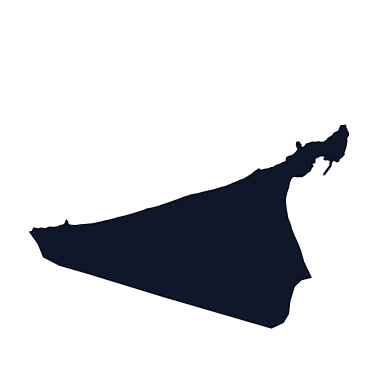 outline of Punta del Este, Maldonado, Uruguay, rotated 199°
{"feature_id": "84410073B81249884827447", "entity_name": "Punta del Este", "entity_type": "district", "adm_level": 2, "iso_a3": "URY", "parent_name": "Uruguay", "parent_adm1": "Maldonado", "projection": "albers", "projection_center": [-54.934, -34.944], "detail": "fine", "context": "isolated", "style": "filled", "palette": "ink", "viewbox_px": 384, "rotation_deg": 199, "n_neighbors": 0, "source": "geoboundaries", "source_scale": "gbopen_adm2", "svg_char_len": 4273}
<svg xmlns="http://www.w3.org/2000/svg" viewBox="0 0 384 384"><g transform="rotate(199 192 192)"><path d="M51.9,150.1L53.3,151.5L54.7,152.9L56.0,154.4L57.2,155.4L58.6,156.7L59.6,157.6L59.9,158.1L60.1,158.4L61.2,159.4L62.4,160.9L63.9,162.2L64.3,163.0L64.7,163.7L65.4,164.4L67.1,166.9L68.0,168.1L68.7,169.3L70.4,171.8L72.0,173.5L73.9,175.9L76.3,178.5L78.8,181.2L81.3,183.7L83.7,186.5L85.4,188.6L87.2,190.9L88.4,192.7L89.7,194.6L91.7,196.6L93.6,199.2L95.1,202.1L97.0,205.4L98.8,209.1L100.4,212.4L101.7,215.9L102.1,219.1L102.4,223.0L102.5,226.1L102.3,227.4L102.4,228.3L102.8,230.1L103.2,232.5L103.0,235.6L102.6,238.0L102.1,239.0L101.6,239.6L101.4,239.7L99.6,240.5L97.9,240.7L96.3,241.4L95.0,242.0L93.6,242.3L92.7,242.9L91.3,244.6L90.2,246.6L89.3,248.0L88.3,249.2L87.8,249.9L87.3,250.6L87.3,252.0L87.2,253.2L86.9,254.0L86.6,255.0L86.3,255.9L86.7,256.5L87.1,256.1L87.4,256.6L88.3,256.5L88.7,256.8L88.2,258.6L87.5,258.6L86.8,258.9L86.4,259.2L87.0,259.4L86.8,259.5L86.2,259.5L85.8,260.2L85.9,261.1L86.3,262.0L86.5,263.1L86.7,263.7L86.4,264.7L85.2,265.2L84.3,266.6L84.0,266.5L82.9,268.1L82.6,268.0L77.3,269.8L77.6,267.4L77.7,266.6L77.8,266.2L76.2,265.9L74.2,267.0L73.0,266.9L71.0,266.6L70.2,261.6L73.2,251.9L72.8,251.4L72.3,252.0L69.4,261.2L69.3,262.2L69.8,265.3L69.7,266.4L69.1,267.5L68.3,268.1L67.1,268.5L66.5,268.4L66.2,268.2L65.5,267.9L64.8,267.9L64.1,268.4L63.6,269.1L63.4,269.9L63.6,270.5L64.0,270.6L62.9,272.5L61.7,274.0L61.5,274.4L61.4,274.9L61.3,275.6L61.0,276.0L61.0,276.7L60.5,277.2L61.3,278.0L61.4,278.7L61.2,279.8L61.2,280.6L61.3,282.6L61.5,286.0L62.0,288.7L62.2,290.3L63.1,292.0L63.8,293.8L63.1,294.7L63.1,295.6L62.7,296.3L62.9,297.2L63.5,298.6L64.0,299.2L64.9,298.9L64.9,299.8L65.3,300.1L66.1,301.3L66.2,301.8L66.7,301.7L67.4,302.0L67.4,302.6L68.0,302.6L68.0,303.3L68.1,303.6L68.2,304.0L68.6,303.7L68.8,303.8L68.8,304.2L69.1,303.8L69.4,303.9L69.6,303.6L70.0,303.7L70.1,304.2L70.3,304.0L70.4,303.7L70.6,303.7L71.4,303.7L72.4,303.2L73.0,302.0L72.7,301.0L73.0,299.6L72.7,298.4L73.4,297.1L74.6,295.7L75.6,294.8L76.6,293.9L77.0,292.3L77.8,290.3L78.8,289.2L79.8,288.2L81.0,286.3L81.1,285.0L82.4,283.4L82.8,282.8L83.2,282.2L84.3,281.4L85.6,280.9L87.0,280.7L88.4,280.7L88.9,280.3L90.6,279.4L92.0,278.8L93.4,278.3L93.7,278.5L94.4,278.3L95.2,277.3L95.9,277.3L96.1,276.6L96.5,276.3L96.2,276.0L96.6,275.4L97.0,275.4L98.0,275.7L98.2,275.3L98.8,274.7L99.4,274.4L99.3,273.9L99.7,273.4L99.9,272.2L101.1,270.6L102.4,269.7L103.4,269.2L104.3,271.6L104.8,271.8L104.8,272.3L105.4,272.3L105.7,272.7L106.2,272.9L106.4,273.3L106.8,273.1L107.2,273.7L107.4,273.3L107.7,273.5L108.0,273.3L108.4,273.3L109.0,273.0L109.0,272.6L108.7,271.5L108.2,270.2L107.6,269.6L107.4,268.9L106.1,268.1L105.9,267.2L105.3,266.4L105.7,265.6L106.0,264.6L106.6,263.2L107.2,261.5L108.2,260.2L109.2,259.1L109.6,258.2L110.4,258.1L111.1,257.6L111.8,257.3L112.5,256.6L112.7,255.8L113.0,255.9L113.5,255.4L113.2,254.7L113.4,253.9L112.4,253.7L112.8,252.8L112.9,251.6L113.9,250.3L115.5,249.4L117.3,247.0L121.0,244.4L123.0,241.6L125.5,240.3L127.2,238.6L130.0,237.3L133.5,235.0L134.8,234.9L136.4,235.4L136.8,234.0L138.1,233.3L139.1,231.3L140.2,230.3L140.2,229.0L141.4,227.8L142.6,226.4L145.1,223.3L147.2,220.9L150.7,218.2L153.5,215.3L155.9,213.6L156.9,212.5L160.0,209.7L162.3,207.7L164.5,206.4L167.9,204.0L170.4,202.1L173.6,200.0L177.2,197.9L180.2,195.9L182.4,194.6L185.1,192.6L186.4,191.8L190.0,189.8L192.3,188.6L193.8,187.0L196.6,185.3L200.4,182.1L202.6,180.1L204.6,178.7L205.7,177.8L207.8,176.0L212.2,172.7L215.7,170.0L218.7,167.5L222.4,165.0L225.1,163.3L228.8,161.2L231.6,158.7L235.1,156.1L238.2,153.9L240.7,151.9L244.4,149.4L247.5,147.3L250.4,145.4L253.7,143.4L256.6,141.2L261.3,138.2L265.7,135.5L268.6,133.6L271.3,132.0L273.5,130.6L276.2,129.1L279.8,127.5L283.1,126.0L286.2,124.7L288.5,123.5L291.3,122.1L294.2,121.3L296.9,120.7L299.0,121.1L299.5,122.4L300.4,123.6L301.3,124.3L301.6,123.5L301.5,122.4L301.6,121.1L302.2,119.6L304.0,118.0L306.1,116.9L307.6,115.1L309.4,114.3L310.9,113.3L313.7,112.7L316.3,111.7L318.0,109.5L322.0,108.8L323.8,108.2L324.5,107.2L326.1,106.7L328.4,106.6L329.8,106.2L330.0,104.5L330.0,102.7L332.1,101.4L320.3,92.9L311.2,82.4L293.4,79.8L264.0,81.3L184.0,84.0L72.7,89.4L63.4,98.5L61.3,108.3L64.1,120.2L64.7,136.1L60.4,144.5L51.9,150.1Z" fill="#0f172a" stroke="#020617" stroke-width="1.5"/></g></svg>